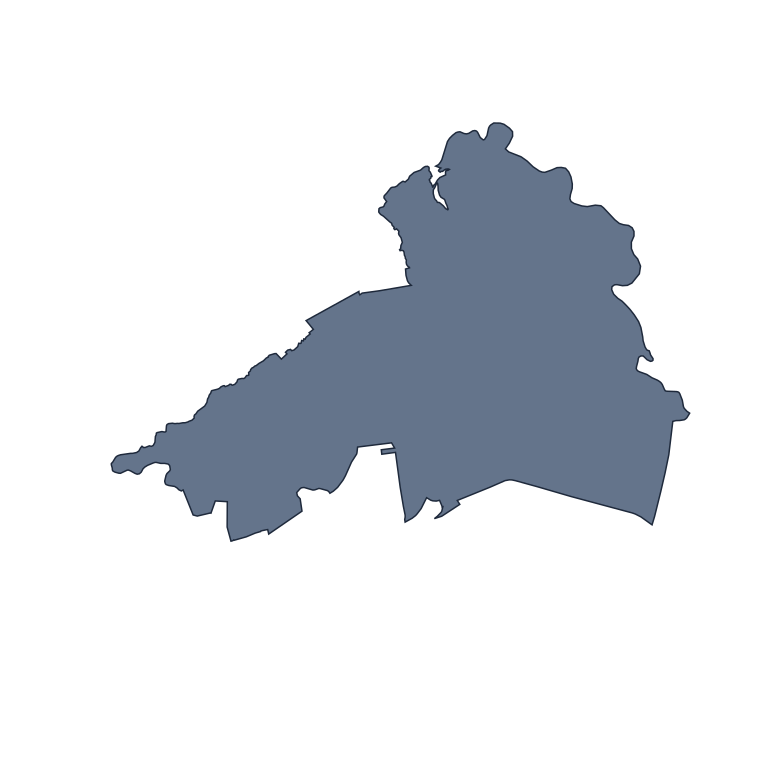 outline of Canterbury-Bankstown, New South Wales, Australia, rotated 162°
{"feature_id": "25037944B74578967995842", "entity_name": "Canterbury-Bankstown", "entity_type": "district", "adm_level": 2, "iso_a3": "AUS", "parent_name": "Australia", "parent_adm1": "New South Wales", "projection": "orthographic", "projection_center": [151.073, -33.924], "detail": "fine", "context": "isolated", "style": "filled", "palette": "slate", "viewbox_px": 768, "rotation_deg": 162, "n_neighbors": 0, "source": "geoboundaries", "source_scale": "gbopen_adm2", "svg_char_len": 6169}
<svg xmlns="http://www.w3.org/2000/svg" viewBox="0 0 768 768"><g transform="rotate(162 384 384)"><path d="M667.9,392.6L668.3,391.4L668.4,388.1L668.9,386.2L668.7,385.0L667.1,383.3L663.9,381.2L662.2,380.5L655.0,381.4L653.8,381.2L652.0,379.8L648.4,375.9L646.6,374.5L644.4,374.2L642.1,375.2L639.4,377.8L637.2,378.9L634.0,379.7L627.9,380.2L626.0,380.2L624.6,379.7L620.9,377.5L617.2,376.3L614.2,374.7L613.5,373.7L613.1,372.4L613.6,368.8L614.5,367.7L618.1,365.9L619.5,364.5L622.3,359.9L622.7,358.8L622.7,356.6L622.2,355.6L620.1,354.0L614.8,351.3L613.0,349.2L611.8,346.8L609.8,344.9L607.8,345.3L606.0,318.4L602.4,316.1L589.1,315.0L588.5,314.6L580.6,324.9L569.4,320.5L577.4,296.4L578.1,281.8L576.3,281.7L575.0,282.1L574.8,281.7L562.1,281.2L552.5,282.0L546.9,281.8L546.4,282.3L541.7,281.8L539.6,281.5L540.0,276.9L501.3,288.4L499.2,300.7L500.9,304.4L500.6,307.7L496.2,310.3L494.6,310.8L492.0,310.3L484.4,305.1L482.6,304.7L478.2,304.8L476.8,304.1L470.6,300.0L469.6,298.3L469.2,296.8L465.4,297.7L460.1,300.0L452.6,305.3L449.0,308.7L439.0,319.8L431.7,325.8L431.0,326.9L428.6,332.2L395.0,325.7L393.7,319.8L406.9,322.3L407.8,317.9L394.2,315.4L400.5,280.9L403.4,261.6L404.4,252.8L405.0,250.9L406.2,248.7L406.6,246.1L398.8,247.6L394.6,249.1L392.7,250.2L387.2,254.0L378.6,262.7L375.4,259.0L373.7,257.8L370.5,256.5L367.1,256.2L366.6,250.1L366.8,248.8L366.1,248.9L368.4,245.1L369.3,244.3L374.2,241.7L377.7,240.4L370.0,240.4L349.1,246.1L350.3,250.6L315.0,253.1L298.7,254.7L294.3,254.1L291.9,253.2L288.8,251.4L270.0,239.0L240.9,219.2L187.8,184.7L185.2,182.7L180.7,178.2L172.6,167.2L167.6,174.4L154.2,195.9L144.2,212.5L135.0,228.7L120.9,259.2L117.7,259.0L114.0,257.9L109.6,257.2L108.1,257.5L106.4,258.3L102.3,261.8L104.3,264.4L106.0,268.1L106.2,269.9L105.3,276.4L105.7,283.3L106.1,284.8L106.9,285.7L108.4,286.5L117.4,289.8L118.6,290.6L119.0,292.3L119.5,297.6L120.2,299.7L121.2,301.3L122.8,303.2L127.2,307.1L131.1,311.9L137.3,316.7L138.9,318.4L139.4,320.6L138.4,322.6L135.4,327.3L134.3,329.6L133.2,330.8L131.0,331.3L128.8,330.5L126.3,325.8L123.6,323.2L122.0,323.0L120.8,323.5L120.3,325.0L121.5,329.4L121.4,331.0L121.5,333.6L123.2,334.8L123.8,336.2L124.3,338.7L124.2,345.1L123.4,348.8L122.2,358.4L122.6,364.7L124.6,372.3L127.0,378.9L129.3,383.9L132.0,389.2L135.2,393.3L137.8,398.4L138.3,403.4L137.1,406.1L134.1,407.1L131.7,406.5L126.8,403.8L122.0,402.6L117.0,403.4L107.1,409.9L103.6,416.8L104.1,424.5L106.4,429.9L106.9,436.2L104.9,442.5L100.5,447.5L99.1,451.9L99.7,455.9L102.4,459.2L107.1,461.5L110.6,464.0L113.7,468.8L120.8,483.8L122.6,486.5L127.8,488.8L135.8,489.9L140.8,492.2L147.4,496.9L149.7,499.7L150.0,502.7L148.1,506.6L144.6,511.8L143.1,516.0L142.2,523.2L142.8,528.7L144.7,533.1L148.5,535.2L152.6,536.3L158.9,535.7L165.6,535.6L168.0,536.6L170.5,538.6L175.1,544.5L179.0,551.8L183.3,557.6L193.7,566.2L195.9,570.1L190.3,574.4L185.1,579.9L183.8,584.3L185.6,588.5L189.6,593.9L192.9,596.2L199.0,598.3L202.4,597.4L203.9,596.6L205.4,595.1L209.3,588.4L212.8,585.5L214.2,585.5L216.3,588.7L217.2,594.5L217.9,596.0L219.3,597.0L221.5,597.3L225.9,596.2L228.3,596.4L230.5,597.5L233.8,600.4L235.8,600.8L237.9,600.8L242.0,599.3L245.7,597.4L248.7,595.0L259.7,579.4L261.8,577.5L264.3,575.8L267.5,575.2L263.2,571.8L264.8,571.2L266.1,570.3L266.2,569.7L265.3,568.3L264.8,568.1L264.1,568.6L262.6,568.1L260.0,569.1L258.8,569.2L256.5,568.7L255.5,567.9L256.7,567.5L259.2,567.6L259.6,567.3L260.1,566.3L260.8,563.8L267.0,563.1L270.0,561.5L272.6,559.2L272.2,558.3L271.1,558.5L271.0,558.3L271.5,555.3L272.6,551.5L272.8,546.5L272.1,544.0L269.6,541.1L269.3,540.2L269.3,536.9L268.9,534.0L269.1,532.1L268.9,531.1L269.1,530.3L269.5,530.0L271.2,531.8L272.5,535.1L275.0,539.1L275.6,539.7L277.1,540.2L277.4,542.0L278.3,543.9L278.6,545.3L278.3,549.8L277.4,552.6L276.8,553.7L275.3,554.8L272.9,557.4L273.1,558.2L273.7,558.4L274.3,558.1L275.4,557.6L277.1,555.7L276.8,556.7L277.0,559.3L277.2,560.6L277.8,561.9L277.6,563.0L277.9,564.0L277.6,564.6L276.1,565.1L275.2,566.6L274.3,566.5L274.1,567.0L274.5,571.1L275.3,573.0L274.4,575.3L274.3,576.3L275.3,577.6L277.5,578.1L279.6,577.7L283.2,576.1L290.0,575.9L295.4,573.7L297.5,571.3L301.5,569.6L303.2,570.9L303.8,570.9L307.5,569.8L310.7,568.2L313.0,568.0L315.7,568.6L317.1,568.3L322.2,564.8L325.3,563.1L325.9,562.6L326.5,561.0L325.1,556.7L327.5,555.1L329.3,553.0L330.4,552.7L333.1,552.9L334.6,552.3L335.7,549.6L335.8,548.8L334.8,546.3L332.7,543.8L328.3,536.2L327.1,534.6L327.2,532.5L325.9,529.8L326.6,528.8L326.2,527.6L325.5,527.4L324.1,527.7L322.6,524.7L323.6,522.8L323.7,521.3L322.6,517.9L322.8,513.0L325.1,510.5L326.4,507.5L327.7,506.9L327.5,505.8L325.7,505.6L324.4,504.7L324.2,503.2L324.8,500.1L324.5,498.4L324.9,497.0L324.4,495.1L325.3,492.9L325.6,491.0L325.5,490.2L324.9,488.5L323.8,487.1L323.8,486.6L328.0,486.7L329.5,480.5L329.8,475.0L329.3,472.6L327.6,469.4L359.6,474.1L376.7,477.2L379.4,476.3L379.7,477.9L379.3,479.8L438.5,468.4L434.3,457.8L439.4,455.9L438.8,454.4L443.7,452.5L445.1,451.0L446.3,451.7L447.3,450.0L448.9,450.8L450.3,448.4L450.7,448.3L452.5,449.1L454.5,446.2L459.2,444.1L461.5,444.2L462.2,445.8L465.1,446.0L467.9,444.6L467.0,442.6L473.9,439.4L477.2,446.3L478.8,446.7L484.2,446.8L485.6,446.0L485.7,445.4L487.9,445.1L491.5,443.3L496.6,442.2L499.9,441.0L501.3,441.0L503.3,440.1L504.4,440.1L506.3,439.0L507.1,437.7L509.2,436.8L509.7,434.6L510.1,434.1L512.1,434.5L514.4,432.8L515.6,432.5L517.4,433.2L521.1,433.6L522.1,433.0L523.1,431.5L526.0,429.8L528.6,429.7L529.0,430.0L529.4,430.9L530.8,431.4L532.3,430.7L535.9,430.6L536.3,431.7L537.3,432.0L539.9,431.7L541.9,430.7L544.0,430.5L549.8,430.9L550.4,430.6L551.5,429.0L553.7,427.4L554.8,425.7L556.4,424.3L558.1,421.2L561.4,418.4L569.6,415.7L572.0,413.8L573.8,413.1L574.6,412.0L575.1,410.2L577.9,408.9L580.9,408.8L582.2,408.5L585.1,408.6L587.4,409.3L591.2,409.8L592.7,410.4L595.1,410.9L597.4,412.1L601.2,412.9L602.9,412.5L603.8,411.5L606.0,406.2L606.6,406.0L607.8,406.2L609.9,407.4L614.8,407.9L615.7,407.6L616.4,406.0L617.6,404.8L619.8,399.5L620.4,398.8L622.6,396.8L624.5,396.6L626.3,397.7L630.8,397.4L632.3,397.9L633.4,399.6L635.1,398.6L637.9,396.0L640.5,395.3L644.3,395.7L646.7,396.4L656.4,398.1L658.7,398.1L660.2,397.9L661.9,397.2L666.1,393.6L667.9,392.6Z" fill="#64748b" stroke="#1e293b" stroke-width="1.5"/></g></svg>